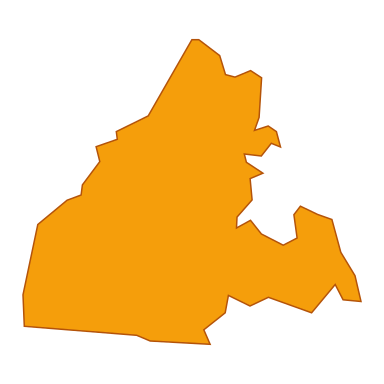 the district of Larue, Kentucky, United States of America
{"feature_id": "52423323B54647754041749", "entity_name": "Larue", "entity_type": "district", "adm_level": 2, "iso_a3": "USA", "parent_name": "United States of America", "parent_adm1": "Kentucky", "projection": "natural_earth1", "projection_center": [-85.644, 37.577], "detail": "fine", "context": "isolated", "style": "filled", "palette": "amber", "viewbox_px": 384, "rotation_deg": 0, "n_neighbors": 0, "source": "geoboundaries", "source_scale": "gbopen_adm2", "svg_char_len": 787}
<svg xmlns="http://www.w3.org/2000/svg" viewBox="0 0 384 384"><path d="M24.3,326.3L136.7,335.3L150.2,341.0L210.1,344.3L203.8,329.8L225.2,312.8L228.4,295.4L250.0,306.0L268.4,297.3L311.6,312.8L335.2,284.5L343.1,299.8L361.0,301.5L355.0,275.7L340.8,252.3L331.9,219.5L317.5,214.4L300.4,206.2L293.9,214.7L297.1,238.0L283.2,245.2L261.4,234.0L250.5,220.3L236.5,228.0L237.0,217.1L252.1,199.9L250.1,178.6L262.9,173.2L246.4,162.3L244.3,154.0L261.3,156.0L271.3,143.3L280.5,147.0L276.4,131.6L268.2,126.0L254.5,130.4L259.1,117.4L261.6,77.8L250.6,70.6L235.0,77.1L225.5,74.6L219.7,55.6L198.8,39.7L191.9,39.7L184.6,52.4L148.2,115.9L116.3,131.6L117.3,139.3L96.1,146.7L99.8,161.6L82.4,184.9L81.1,195.0L67.1,200.2L37.8,224.5L23.0,294.8L24.3,326.3Z" fill="#f59e0b" stroke="#b45309" stroke-width="1.5"/></svg>